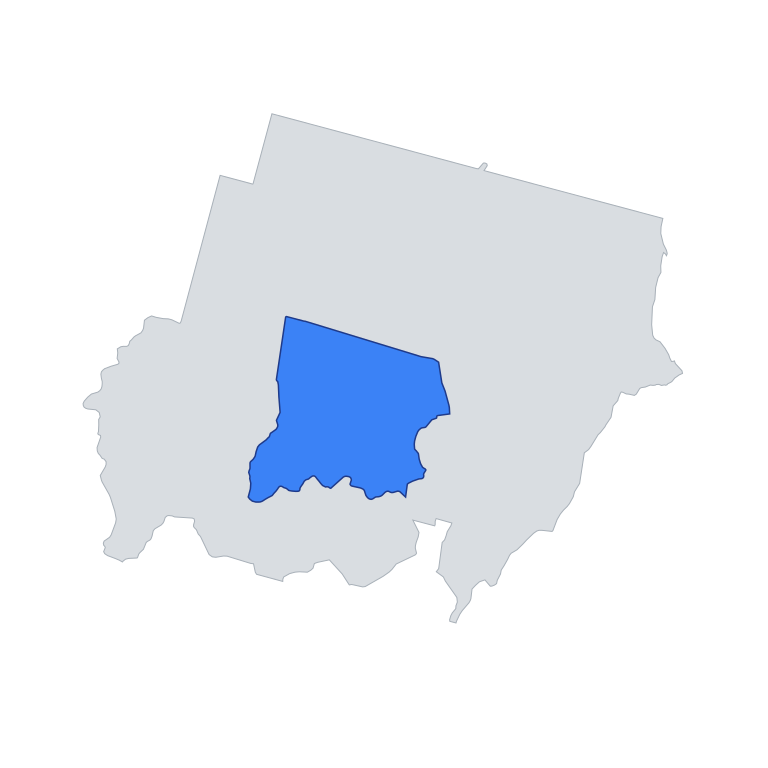 location of North Kordufan within Sudan, rotated 15°
{"feature_id": "SDN-883", "entity_name": "North Kordufan", "entity_type": "State", "adm_level": 1, "iso_a3": "SDN", "parent_name": "Sudan", "parent_adm1": "", "projection": "mercator", "projection_center": [29.791, 14.01], "detail": "fine", "context": "in_parent", "style": "filled", "palette": "blue", "viewbox_px": 768, "rotation_deg": 15, "n_neighbors": 0, "source": "natural_earth", "source_scale": "10m", "svg_char_len": 6793}
<svg xmlns="http://www.w3.org/2000/svg" viewBox="0 0 768 768"><g transform="rotate(15 384 384)"><path d="M515.4,596.2L509.0,596.2L508.4,594.7L508.5,590.5L509.2,587.4L511.5,582.4L510.9,579.6L511.3,575.7L509.6,571.3L494.3,558.5L491.3,555.0L483.1,551.8L484.6,548.2L481.2,522.0L482.9,518.9L483.3,514.3L483.3,510.3L485.3,503.6L485.5,500.7L469.2,500.5L469.0,503.4L469.8,506.6L469.7,507.9L447.1,508.0L456.2,518.3L456.6,522.8L456.1,528.5L456.2,532.1L456.7,534.4L459.2,539.0L459.0,539.9L458.4,541.0L442.4,554.7L439.7,561.0L437.6,564.4L432.9,570.0L418.3,584.5L415.9,585.5L404.8,586.0L403.7,586.4L402.8,587.0L402.3,586.9L392.8,578.3L376.7,568.0L366.1,573.4L363.2,575.4L363.1,580.3L361.5,582.8L358.7,585.6L350.8,587.3L346.7,588.8L341.9,591.6L337.1,596.3L336.8,598.7L337.3,600.9L310.2,600.8L308.4,599.1L304.5,591.4L301.7,591.8L277.0,590.9L273.5,591.7L266.4,594.9L262.9,595.4L259.2,594.0L246.2,578.8L243.4,577.0L240.5,573.3L237.7,571.7L236.8,570.6L236.5,569.0L236.6,565.6L235.6,563.5L233.6,563.1L216.1,566.6L213.6,566.2L210.0,566.8L208.7,567.4L207.2,569.5L207.0,573.6L206.5,575.7L205.2,578.0L200.2,583.1L199.1,585.4L199.3,591.1L199.0,593.9L198.3,595.3L196.1,597.4L195.3,598.7L194.4,605.9L191.7,610.3L191.1,611.9L190.9,615.0L190.5,616.0L182.6,618.5L179.7,620.1L177.8,622.6L177.4,623.6L174.0,622.7L169.7,622.1L161.5,621.3L158.2,620.2L156.6,618.5L157.1,614.1L156.3,613.1L155.0,612.3L154.1,610.4L154.3,608.2L158.6,603.1L159.5,600.4L160.7,587.6L160.3,583.7L156.9,576.6L149.0,564.2L147.1,561.8L137.1,551.6L136.0,550.1L133.6,545.8L136.2,536.3L136.4,533.7L135.7,531.0L133.2,529.0L131.0,528.8L128.0,526.2L126.1,525.1L124.4,522.9L123.3,519.7L124.1,508.6L123.5,507.1L121.0,506.7L120.4,505.9L120.5,503.8L119.1,497.4L117.6,492.1L118.4,489.2L116.3,485.2L112.3,483.5L104.3,484.8L101.9,484.6L100.2,483.9L99.0,482.4L98.4,480.7L98.9,478.1L101.2,473.4L104.0,469.4L109.7,465.9L111.2,464.0L112.1,461.9L112.2,459.5L111.8,456.9L111.2,454.6L109.5,451.5L108.0,447.8L107.9,445.4L108.7,443.6L110.2,441.5L115.9,437.4L121.7,433.9L122.6,432.7L122.3,431.3L119.6,428.4L118.8,422.9L117.3,419.1L120.2,416.1L122.4,415.1L125.8,414.2L127.1,413.0L127.5,410.7L127.4,408.5L128.6,406.8L130.3,403.3L131.6,401.7L136.0,397.5L137.0,394.8L137.3,392.3L136.1,384.4L138.7,381.1L141.9,378.4L146.6,378.6L153.9,378.0L158.9,376.9L162.5,376.9L170.5,378.4L171.4,377.8L171.8,375.7L171.7,224.9L205.3,224.9L205.7,224.6L205.8,152.0L417.8,152.0L419.5,151.7L422.8,144.9L424.3,144.4L426.4,144.8L427.2,146.4L425.4,152.0L610.5,151.9L610.9,160.3L612.4,167.0L617.6,176.5L622.1,181.6L623.7,184.4L623.8,185.7L623.6,187.0L622.3,185.6L620.0,184.6L619.7,189.1L620.7,198.2L622.6,204.5L621.2,210.4L621.4,220.4L623.8,232.3L623.3,239.9L627.2,257.5L630.9,267.3L632.9,269.7L635.3,271.0L639.7,271.8L646.2,276.8L651.4,282.0L653.2,284.8L655.8,287.8L657.5,287.3L658.5,286.5L660.2,288.9L668.4,294.1L669.6,296.5L666.7,298.9L663.3,303.0L661.6,306.8L660.7,308.0L658.0,310.4L657.5,311.6L656.3,312.3L655.1,312.3L652.3,313.6L649.7,313.2L647.2,314.0L646.3,314.9L644.2,315.7L641.5,316.1L637.2,319.3L633.5,320.9L632.2,322.1L630.3,328.5L628.8,330.2L623.3,330.4L620.6,330.9L616.9,330.2L615.2,330.3L614.7,331.7L614.0,337.2L614.1,339.5L611.0,345.8L611.9,357.4L608.9,366.1L608.5,368.1L605.5,375.0L603.9,377.6L600.1,390.5L598.6,394.4L595.3,398.6L598.7,429.4L595.9,438.8L596.0,443.9L594.1,451.5L592.6,455.0L590.1,459.2L588.0,463.9L586.3,470.1L585.1,481.9L584.5,482.9L574.7,484.4L571.6,485.2L569.6,486.5L567.1,489.5L562.1,497.8L559.5,502.8L555.4,509.7L550.6,514.6L549.6,517.0L548.8,521.4L547.0,528.4L545.4,533.4L545.7,537.4L544.2,544.3L544.4,547.7L542.8,549.6L540.5,551.3L539.0,551.8L532.2,547.1L527.4,550.3L524.5,554.8L522.1,559.3L523.5,568.9L523.3,571.0L522.7,573.3L518.2,582.7L516.8,586.9L515.4,594.4L515.4,596.2Z" fill="#d9dde1" stroke="#a8b0b8" stroke-width="1"/><path d="M368.8,484.4L359.6,498.5L358.9,498.5L358.3,498.4L357.7,498.1L357.0,497.9L356.2,497.9L355.2,498.1L354.2,498.6L350.9,497.9L348.6,496.4L346.4,494.7L344.1,493.1L341.8,491.3L340.7,490.9L339.4,491.1L338.5,491.6L336.9,493.5L335.7,495.3L334.2,496.2L333.2,496.9L332.1,498.6L331.4,501.5L330.1,505.0L329.8,506.8L330.1,507.9L329.9,509.0L328.9,509.8L326.7,510.5L322.8,511.2L320.8,511.4L319.4,511.4L318.1,510.7L316.5,510.1L314.0,510.0L312.2,509.4L310.8,509.4L309.5,510.1L308.8,511.6L308.4,512.9L307.4,515.4L305.9,518.2L304.9,520.6L303.4,522.0L301.5,523.7L299.1,526.1L297.7,527.7L296.4,529.0L294.7,530.1L292.9,530.6L290.7,531.2L287.1,531.2L284.1,529.9L282.1,528.3L282.1,519.9L281.0,514.3L278.8,510.1L278.7,509.3L278.5,508.2L278.1,507.3L276.4,504.7L276.2,504.3L276.2,504.0L276.2,502.3L276.4,500.9L276.4,500.5L276.4,500.1L275.1,495.3L275.0,494.4L275.1,494.1L275.2,493.6L277.1,490.6L278.0,488.0L278.1,487.6L278.2,487.1L278.2,486.6L278.0,482.4L278.3,477.6L278.5,477.1L279.4,475.0L284.6,468.5L285.3,467.2L285.8,466.2L286.8,464.7L286.9,464.2L287.0,461.5L287.1,461.0L287.3,460.7L287.8,460.2L291.2,456.1L291.6,455.5L291.7,455.1L292.2,453.5L292.3,452.2L291.9,450.8L289.7,447.3L289.6,447.1L289.5,446.8L289.6,446.4L291.0,438.3L285.9,423.9L282.2,412.2L280.8,409.3L279.4,408.4L279.1,408.0L278.9,407.6L271.7,345.0L271.9,344.4L272.3,344.1L290.5,344.0L291.4,343.8L412.7,348.0L424.5,346.9L426.3,347.2L431.1,348.8L439.6,368.0L444.8,375.0L452.2,387.7L453.2,389.8L455.2,395.9L444.2,400.5L443.8,400.8L443.4,401.2L443.4,401.9L443.5,402.5L443.6,403.0L443.5,403.4L439.6,406.1L439.4,406.3L435.7,414.4L435.4,414.8L435.1,415.1L434.8,415.3L434.0,415.7L433.0,416.1L431.7,416.7L431.5,416.9L431.0,417.4L429.7,419.3L428.9,421.4L428.9,421.7L428.3,426.3L428.3,431.1L428.8,434.2L429.4,436.1L429.9,437.4L430.1,438.2L430.3,438.5L430.4,438.8L430.5,438.9L430.6,439.1L431.4,439.6L432.6,440.3L434.0,441.4L434.8,441.9L434.9,442.0L435.0,442.1L435.4,442.7L437.4,447.4L439.7,451.1L440.5,452.1L441.5,453.1L441.8,453.4L442.6,454.3L442.9,454.5L443.7,454.8L445.6,455.4L445.8,455.4L446.3,455.8L446.5,455.9L446.6,456.1L446.7,456.4L446.6,456.9L445.7,459.8L445.6,460.4L445.6,460.9L445.7,461.2L446.2,462.5L446.3,463.2L446.3,463.4L446.3,463.7L446.3,463.9L446.2,464.2L446.0,464.6L445.6,465.1L445.3,465.4L445.1,465.6L442.2,466.7L436.8,470.4L433.4,473.4L432.7,474.3L432.5,474.6L432.6,476.0L434.1,487.6L427.4,484.0L426.6,483.8L425.8,483.8L424.8,484.0L420.9,486.4L419.8,486.8L419.1,486.9L418.3,486.9L416.5,486.5L415.6,486.5L414.6,486.9L413.6,487.7L412.9,488.6L411.0,491.9L410.1,492.9L409.0,493.7L407.9,494.3L405.9,495.0L405.3,495.3L404.9,495.5L404.6,495.9L403.1,497.6L402.4,498.2L401.5,498.7L400.6,498.8L399.7,498.8L398.8,498.6L397.7,498.1L396.4,497.2L395.3,496.2L392.5,491.9L391.6,491.3L390.7,490.9L388.2,490.5L379.4,490.9L378.4,490.7L377.6,490.1L377.2,489.7L377.1,489.2L377.3,485.7L377.3,485.2L377.1,484.7L376.9,484.3L376.3,483.5L376.0,483.2L375.7,483.0L375.4,482.9L374.9,482.7L373.9,482.6L372.6,482.7L371.2,482.9L370.0,483.4L368.8,484.4Z" fill="#3b82f6" stroke="#1e3a8a" stroke-width="1.5"/></g></svg>